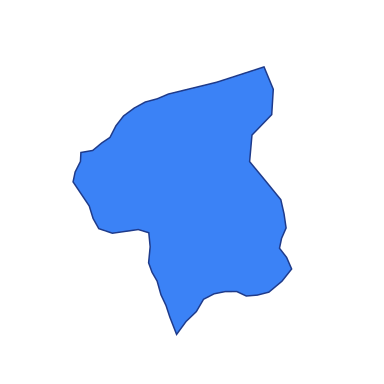 the District of Lerik, rotated 17°
{"feature_id": "AZE-1709", "entity_name": "Lerik", "entity_type": "District", "adm_level": 1, "iso_a3": "AZE", "parent_name": "Azerbaijan", "parent_adm1": "", "projection": "albers", "projection_center": [48.478, 38.705], "detail": "fine", "context": "isolated", "style": "filled", "palette": "blue", "viewbox_px": 384, "rotation_deg": 17, "n_neighbors": 0, "source": "natural_earth", "source_scale": "10m", "svg_char_len": 781}
<svg xmlns="http://www.w3.org/2000/svg" viewBox="0 0 384 384"><g transform="rotate(17 192 192)"><path d="M127.9,254.7L113.6,254.3L105.2,246.3L97.8,235.4L75.3,217.1L74.4,207.0L76.4,195.4L74.2,186.7L84.9,181.3L91.4,171.4L97.6,163.8L99.9,150.9L104.3,139.3L112.2,128.6L121.0,119.6L131.4,113.1L140.8,105.2L183.5,79.8L224.3,51.3L239.7,70.0L245.6,94.7L232.7,120.0L238.2,146.1L258.8,159.7L279.2,173.4L286.4,186.0L292.5,198.9L291.2,210.1L292.1,220.2L301.6,226.9L309.8,236.5L304.1,251.0L294.8,265.3L284.6,271.5L274.3,275.6L263.9,274.1L252.9,277.5L242.9,282.9L234.4,291.2L231.1,305.1L224.2,317.5L218.9,332.7L207.3,318.0L200.3,308.1L192.4,299.4L184.7,287.4L177.3,280.5L171.2,272.4L168.0,256.6L162.6,243.6L151.6,243.6L127.9,254.7Z" fill="#3b82f6" stroke="#1e3a8a" stroke-width="1.5"/></g></svg>